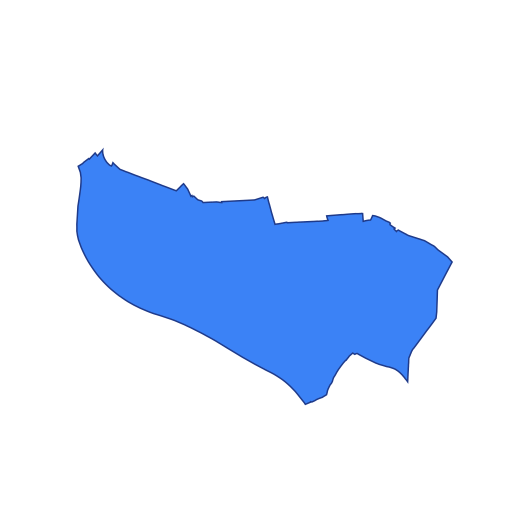 outline of Heumen, Gelderland, Netherlands, rotated 36°
{"feature_id": "6326949B5926695823703", "entity_name": "Heumen", "entity_type": "district", "adm_level": 2, "iso_a3": "NLD", "parent_name": "Netherlands", "parent_adm1": "Gelderland", "projection": "orthographic", "projection_center": [5.824, 51.781], "detail": "fine", "context": "isolated", "style": "filled", "palette": "blue", "viewbox_px": 512, "rotation_deg": 36, "n_neighbors": 0, "source": "geoboundaries", "source_scale": "gbopen_adm2", "svg_char_len": 5854}
<svg xmlns="http://www.w3.org/2000/svg" viewBox="0 0 512 512"><g transform="rotate(36 256 256)"><path d="M59.4,287.9L64.8,291.6L68.6,295.6L71.1,299.2L73.3,302.7L75.2,306.1L79.1,313.4L80.6,316.3L82.6,320.2L92.4,335.6L94.5,338.4L96.5,341.2L99.3,344.1L102.8,347.2L106.3,349.6L109.7,351.9L113.2,353.9L116.7,355.8L120.1,357.5L123.6,359.1L127.1,360.5L130.6,361.8L134.0,363.0L137.5,364.1L141.0,365.1L144.5,365.9L147.9,366.6L151.4,367.2L154.9,367.7L158.4,368.1L161.9,368.3L165.3,368.5L168.8,368.6L172.3,368.5L175.8,368.4L179.3,368.2L182.8,367.8L186.2,367.4L189.7,366.8L193.2,366.2L196.7,365.4L200.2,364.6L203.7,363.7L207.2,362.7L210.6,361.5L214.1,360.3L217.6,359.2L221.1,358.1L224.6,357.0L228.1,356.0L231.6,355.2L235.1,354.4L238.6,353.6L242.0,353.0L245.5,352.3L252.5,351.2L256.0,350.6L259.5,350.1L262.9,349.7L266.4,349.2L273.4,348.4L287.3,347.3L290.8,347.0L297.8,346.4L304.8,345.8L308.2,345.4L315.2,344.6L318.7,344.2L325.7,343.2L329.1,342.7L330.1,342.6L332.6,342.2L336.1,341.6L339.6,341.1L343.1,340.8L346.6,340.6L350.0,340.5L353.5,340.6L357.0,340.9L360.5,341.3L364.0,341.9L367.4,342.5L370.9,343.4L374.4,344.4L381.3,346.3L383.1,347.0L386.1,342.1L385.8,341.9L385.9,341.6L386.4,341.5L386.8,341.4L387.1,341.1L387.4,340.6L387.9,339.7L388.4,338.8L388.7,338.2L389.0,337.5L389.2,337.0L389.4,336.5L389.7,336.0L390.0,335.5L390.7,334.3L391.3,333.4L391.9,332.5L392.2,332.1L392.3,331.9L392.6,331.6L392.7,331.3L392.9,331.0L393.1,330.3L394.4,327.3L394.4,327.2L394.6,326.8L394.0,325.2L393.4,323.8L393.0,323.0L392.5,321.1L392.1,319.1L392.0,318.4L391.9,318.2L391.9,317.7L391.7,316.9L391.8,315.3L391.8,314.3L391.7,313.8L391.5,312.5L391.2,311.9L391.0,311.2L390.6,310.1L390.5,309.6L390.2,308.8L390.2,307.7L390.0,305.3L389.6,302.3L389.5,300.3L389.4,299.7L389.4,295.0L389.5,291.1L389.9,287.2L390.1,287.9L390.2,287.1L390.2,286.2L390.2,285.4L390.3,283.8L390.3,282.0L391.3,277.7L393.7,277.5L394.3,276.3L395.1,275.4L397.2,275.2L404.7,274.2L405.8,274.0L416.3,272.1L417.1,271.8L419.2,271.3L423.6,269.7L426.6,268.7L429.1,267.5L430.4,267.1L430.8,266.9L431.0,266.9L431.3,266.8L432.0,266.6L432.5,266.4L433.3,266.2L434.1,266.0L435.1,265.8L435.7,265.7L436.8,265.7L438.0,265.6L439.9,265.7L440.5,265.7L441.1,265.8L442.4,266.0L443.2,266.1L444.2,266.3L444.8,266.4L445.4,266.6L447.6,267.1L448.4,267.4L449.0,267.6L450.0,267.8L451.1,268.1L452.6,268.6L451.2,266.4L450.9,266.0L450.4,265.2L449.7,264.2L449.2,263.4L448.0,261.6L446.9,259.9L445.9,258.3L445.2,257.3L445.0,257.0L444.4,256.0L443.7,255.0L443.3,254.4L443.1,254.1L442.7,253.4L441.8,252.0L441.0,250.9L440.9,250.7L439.8,249.0L439.6,248.6L439.2,247.0L439.0,245.9L438.7,245.0L438.3,243.1L438.0,242.2L438.0,241.8L437.8,240.9L437.8,240.5L437.7,240.3L437.7,239.9L437.7,238.6L437.8,237.9L437.9,230.9L437.9,229.8L438.0,218.8L438.0,216.0L438.1,213.5L438.2,206.6L438.2,200.5L435.0,194.9L434.5,194.2L427.7,184.1L422.8,176.9L420.3,160.3L418.6,148.6L418.2,145.6L411.5,144.1L401.6,144.1L400.6,144.1L400.2,144.1L399.9,144.1L399.0,144.0L397.7,143.8L395.8,143.5L394.8,143.4L393.9,143.4L393.1,143.5L391.1,143.8L383.7,144.5L382.8,144.7L382.6,144.8L367.4,149.8L366.3,150.0L365.8,150.1L365.5,150.1L357.6,151.2L355.8,151.4L355.5,152.3L355.3,152.7L355.1,153.2L355.1,153.5L354.9,153.4L354.2,153.5L351.8,153.0L352.1,151.7L349.5,151.9L346.0,151.9L345.3,150.9L345.3,150.5L344.0,150.4L340.7,151.2L337.4,151.6L334.9,151.9L333.0,152.3L329.0,153.5L326.6,154.7L326.6,154.9L326.7,155.1L327.0,156.5L327.5,159.1L327.5,159.7L327.4,159.8L326.4,160.5L324.9,162.0L323.7,163.3L322.5,164.9L322.4,165.0L322.2,164.8L322.1,164.6L320.7,163.0L317.3,159.0L316.1,159.7L316.1,159.9L315.7,160.2L314.8,160.9L313.8,161.7L313.4,162.0L311.8,163.1L308.1,166.2L304.6,169.2L302.8,170.8L301.1,172.2L300.9,172.3L295.4,177.0L293.4,178.7L291.9,180.0L289.6,182.0L290.6,182.9L292.5,184.3L293.0,184.6L293.3,184.7L293.4,184.8L292.9,185.3L292.3,185.9L291.6,186.5L290.9,187.1L289.8,188.1L289.3,188.6L286.0,191.3L285.4,191.7L285.2,191.8L282.8,193.8L276.9,198.5L275.7,199.5L270.4,203.7L269.6,204.4L267.3,206.2L262.3,210.3L262.1,210.4L261.8,210.7L261.6,210.6L261.4,210.6L261.1,210.6L260.9,210.8L260.1,211.6L258.2,213.7L258.0,213.9L257.4,214.5L256.7,215.3L255.9,216.1L255.0,217.1L254.9,217.1L253.0,218.9L252.8,219.2L247.9,215.5L245.1,213.3L242.6,211.4L240.7,209.8L237.1,206.9L236.9,206.7L235.8,205.9L235.7,205.8L234.9,205.2L233.7,204.2L230.5,201.5L230.3,201.7L229.8,202.4L229.5,203.1L229.1,204.5L228.3,204.3L227.2,204.3L221.9,211.5L221.7,211.6L221.4,211.9L218.6,214.2L196.3,232.2L196.9,232.9L194.7,234.2L194.0,234.5L192.4,235.4L191.1,236.4L190.4,237.0L189.4,237.8L187.7,239.1L187.3,239.4L187.2,239.5L185.3,241.0L183.6,242.4L182.1,243.6L181.8,243.9L181.7,243.9L181.4,243.8L181.0,243.7L180.8,243.6L180.6,243.6L180.0,243.5L179.8,243.5L179.2,243.6L177.0,244.4L176.5,244.6L175.7,244.7L175.4,244.7L173.1,244.4L170.5,244.1L170.4,244.2L169.7,245.5L168.6,244.7L168.0,245.7L168.0,245.8L165.8,244.5L164.7,243.9L163.8,243.4L162.9,242.9L161.5,242.1L160.0,241.6L158.8,241.3L158.7,241.2L157.4,240.8L156.1,240.4L154.9,240.1L154.5,242.0L154.2,243.6L154.2,244.1L153.5,248.4L153.2,250.1L151.5,250.6L145.2,252.3L141.9,253.2L138.4,254.2L137.1,254.5L133.7,255.4L126.5,257.3L124.4,257.8L119.6,259.2L117.2,259.9L115.2,260.4L113.8,260.8L113.5,260.9L113.4,260.9L110.7,261.7L104.9,263.2L103.0,263.7L101.8,264.1L100.8,264.4L99.8,264.6L97.5,265.2L96.0,265.6L95.6,265.7L95.4,265.8L94.9,265.9L94.6,265.8L92.6,265.6L89.4,265.2L87.5,265.0L86.8,264.9L86.5,264.8L85.9,264.7L85.4,264.6L86.1,267.2L86.2,268.1L84.7,268.5L83.7,268.5L82.4,268.3L80.6,268.0L79.6,267.7L78.8,267.4L76.8,266.6L75.8,266.0L74.6,265.4L74.2,265.0L73.7,264.7L72.8,263.9L72.4,263.6L71.7,263.0L71.2,262.4L70.7,261.9L70.4,261.4L69.7,260.6L69.6,260.4L68.9,267.9L68.9,268.2L67.2,267.8L65.3,267.2L64.9,270.4L64.5,273.3L64.2,275.6L63.4,275.5L62.5,278.4L61.5,281.8L61.5,282.2L61.4,283.1L61.0,284.0L60.6,285.0L60.1,286.3L59.4,287.9Z" fill="#3b82f6" stroke="#1e3a8a" stroke-width="1.5"/></g></svg>